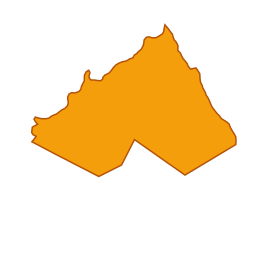 the district of Boa Hora, Piauí, Brazil, rotated 59°
{"feature_id": "56859067B27565028422565", "entity_name": "Boa Hora", "entity_type": "district", "adm_level": 2, "iso_a3": "BRA", "parent_name": "Brazil", "parent_adm1": "Piauí", "projection": "natural_earth1", "projection_center": [-42.142, -4.374], "detail": "fine", "context": "isolated", "style": "filled", "palette": "amber", "viewbox_px": 256, "rotation_deg": 59, "n_neighbors": 0, "source": "geoboundaries", "source_scale": "gbopen_adm2", "svg_char_len": 1533}
<svg xmlns="http://www.w3.org/2000/svg" viewBox="0 0 256 256"><g transform="rotate(59 128 128)"><path d="M58.3,134.9L60.4,138.2L63.0,139.9L65.1,141.2L66.4,143.5L68.4,146.5L70.4,148.3L71.4,150.7L71.2,153.2L70.4,155.8L68.6,158.2L68.6,161.3L70.4,163.7L72.4,164.9L75.2,165.9L77.7,168.3L78.7,172.0L78.4,175.2L78.7,178.2L79.2,181.8L78.7,185.1L78.4,187.6L78.8,190.7L77.5,194.2L75.4,197.4L72.9,200.1L70.9,201.8L72.0,204.0L75.1,204.1L78.2,203.5L78.1,206.2L78.0,209.6L80.5,211.5L82.3,212.9L85.0,212.8L87.8,211.0L89.3,214.4L90.3,217.5L112.4,204.1L154.5,178.0L156.4,152.6L141.3,128.4L178.6,111.9L193.8,105.1L197.7,103.4L197.7,100.2L197.7,44.1L194.9,42.2L191.2,40.2L187.7,40.0L185.1,40.1L180.3,40.0L176.7,39.3L173.6,40.3L168.2,43.1L164.4,43.4L161.9,44.1L159.0,44.5L154.9,45.0L152.5,45.1L149.8,44.7L146.2,44.2L143.3,43.9L139.9,44.1L137.7,43.5L134.3,43.3L131.8,43.2L129.7,42.5L126.3,42.3L123.1,41.0L120.7,39.7L118.3,38.5L114.9,38.6L111.5,38.8L109.7,44.1L105.6,44.6L103.2,44.1L100.5,44.5L96.0,45.1L90.5,44.5L87.3,45.4L85.4,44.2L83.5,42.9L79.3,42.4L76.4,43.0L73.2,42.5L70.3,41.6L68.1,42.0L63.3,42.4L58.6,43.2L61.0,45.5L63.6,47.6L65.0,50.0L65.2,54.2L65.0,57.6L63.1,60.8L60.6,63.2L59.7,65.5L60.8,68.8L62.7,70.2L65.0,72.3L67.2,75.7L67.9,79.6L68.7,82.3L68.8,85.1L70.4,87.8L69.6,91.1L69.7,94.9L68.3,98.8L67.7,102.6L67.8,106.3L69.0,110.4L70.1,112.5L71.1,115.9L70.8,120.7L71.5,123.2L73.1,124.6L73.4,127.1L71.8,129.4L69.4,132.3L67.9,134.9L65.5,135.5L63.4,134.7L60.8,132.0L58.3,131.9L58.3,134.9Z" fill="#f59e0b" stroke="#b45309" stroke-width="1.5"/></g></svg>